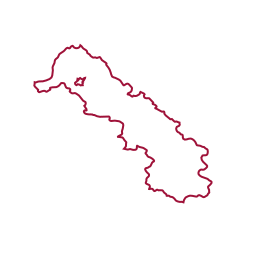 an SVG outline of Tadzhikistan Territories, rotated 55°
{"feature_id": "TJK-368", "entity_name": "Tadzhikistan Territories", "entity_type": "Region", "adm_level": 1, "iso_a3": "TJK", "parent_name": "Tajikistan", "parent_adm1": "", "projection": "mercator", "projection_center": [69.993, 38.757], "detail": "fine", "context": "isolated", "style": "outline", "palette": "rose", "viewbox_px": 256, "rotation_deg": 55, "n_neighbors": 0, "source": "natural_earth", "source_scale": "10m", "svg_char_len": 5827}
<svg xmlns="http://www.w3.org/2000/svg" viewBox="0 0 256 256"><g transform="rotate(55 128 128)"><path d="M191.7,75.4L193.3,76.3L194.2,77.1L194.9,78.0L195.2,79.0L194.9,80.0L193.7,81.8L193.3,82.7L194.3,84.9L196.3,85.8L198.6,85.9L203.5,84.9L204.4,84.9L205.2,85.5L205.6,87.0L205.7,88.6L205.6,89.8L205.0,90.8L204.4,91.4L203.9,92.2L203.8,93.5L204.1,94.7L204.8,95.7L205.7,96.4L206.6,96.7L208.4,96.4L210.1,95.7L214.9,92.3L215.7,91.9L217.5,91.5L219.2,90.6L220.1,90.5L220.9,91.1L221.4,92.5L221.7,94.1L221.8,95.4L222.2,96.3L223.2,96.7L225.3,97.1L226.4,97.9L227.4,98.4L227.6,98.8L227.7,99.9L228.2,100.9L228.6,101.6L228.5,103.0L228.4,104.8L228.2,105.4L227.9,105.9L227.2,106.3L225.6,107.0L224.0,108.0L223.7,108.5L223.5,109.2L223.7,110.4L223.6,111.0L223.2,111.6L220.4,114.3L219.0,116.0L218.4,117.7L218.2,119.0L218.1,119.6L218.0,120.5L218.2,121.3L218.8,122.7L219.3,123.7L220.7,125.2L219.3,126.3L218.4,127.7L217.8,128.4L216.4,129.6L214.8,130.4L212.4,130.5L210.3,131.1L209.7,131.6L208.5,132.8L207.0,133.3L206.6,133.7L206.0,134.9L205.7,135.2L204.8,134.8L204.2,134.7L201.4,135.5L200.0,135.4L199.1,135.5L198.7,135.7L197.3,137.5L196.6,138.7L195.5,139.3L195.2,139.6L195.1,140.1L195.1,141.8L194.9,142.4L194.5,142.7L194.1,142.8L192.6,142.8L192.0,142.9L191.6,143.2L190.9,144.1L190.3,145.5L190.1,145.7L189.9,145.5L189.3,144.5L188.8,143.9L188.2,143.5L187.5,143.3L186.7,143.4L184.6,144.7L183.8,145.0L183.3,145.0L183.0,144.8L181.8,143.2L180.5,142.3L180.0,141.6L179.7,140.7L179.6,139.5L179.4,138.6L178.8,137.9L178.2,137.5L177.6,137.4L175.2,137.9L173.1,138.0L171.6,137.6L171.2,137.0L171.2,136.2L171.9,134.6L171.9,133.2L172.1,131.9L171.9,131.1L170.3,128.3L170.1,127.7L170.1,127.1L170.2,125.9L169.9,125.5L169.3,125.3L167.4,125.6L165.0,126.6L163.4,127.8L162.8,128.0L162.1,128.1L160.6,128.0L159.1,128.2L158.7,128.1L158.5,127.9L158.0,126.4L157.4,125.6L156.8,125.4L153.5,126.7L152.7,127.2L150.1,129.5L149.2,130.0L148.0,130.5L147.8,130.8L148.0,131.1L149.4,132.2L150.0,132.9L150.2,133.6L150.1,134.4L149.2,135.9L148.7,136.5L146.4,138.4L145.6,140.5L145.0,141.1L142.7,143.2L142.2,141.2L141.7,140.1L139.5,138.4L139.1,137.9L138.6,137.6L135.7,137.9L133.5,137.8L132.6,138.0L131.1,139.5L129.5,141.3L129.3,141.2L129.2,140.6L129.6,137.8L129.7,137.0L129.3,136.0L127.3,134.9L126.3,133.8L125.7,132.9L123.2,130.4L122.5,130.0L121.6,129.7L121.0,129.8L118.0,131.0L117.3,131.5L114.4,134.6L112.6,137.8L111.9,138.3L111.0,138.6L110.6,138.5L110.3,138.4L109.4,137.2L108.8,137.0L108.1,136.9L107.8,137.0L107.5,137.3L102.7,144.6L100.6,146.6L98.1,148.1L97.4,149.0L96.5,149.5L96.2,149.7L95.8,150.5L95.3,150.9L94.8,151.7L94.0,152.7L92.4,154.3L91.5,154.8L91.0,155.0L89.7,154.9L89.2,154.7L88.9,154.4L88.7,153.8L88.7,153.4L89.6,152.4L89.7,151.8L88.7,151.2L84.8,151.1L84.6,149.8L83.9,148.8L83.3,148.3L82.3,148.0L79.9,149.1L73.3,149.5L70.1,150.7L68.9,151.5L68.1,153.1L67.5,153.9L66.8,154.3L65.0,154.8L64.5,154.7L63.8,153.5L63.0,153.1L61.9,153.4L60.8,154.7L59.8,155.3L59.0,155.4L57.4,155.1L55.6,154.6L54.8,154.7L53.9,155.5L53.2,156.4L52.9,157.0L53.7,160.0L53.7,161.8L53.5,162.9L53.4,163.3L51.3,166.6L50.5,168.5L50.5,168.8L50.6,169.0L51.9,169.6L52.0,169.9L51.8,171.0L51.7,173.5L51.5,174.0L51.3,174.2L49.8,174.9L49.2,175.8L48.7,177.0L47.9,179.8L47.7,180.2L47.4,180.4L46.2,180.6L45.9,180.5L45.6,180.1L45.2,179.7L40.7,180.5L39.5,180.4L38.3,179.2L37.0,178.2L37.5,177.8L37.9,177.1L38.4,175.1L39.0,173.9L40.9,171.0L42.1,167.7L42.9,164.1L42.7,161.7L41.5,159.9L37.7,156.5L35.2,155.1L34.4,154.2L32.6,151.0L30.7,149.1L30.3,148.3L30.1,147.4L30.0,145.4L29.7,144.5L28.6,142.7L28.2,141.9L28.1,140.6L28.2,137.0L28.1,135.8L27.5,133.5L27.4,132.4L27.7,131.4L28.9,130.6L29.2,130.2L29.2,129.5L28.7,128.4L28.6,127.8L28.8,126.4L29.3,126.1L30.1,126.1L31.3,125.9L32.1,125.4L32.8,124.8L33.4,123.9L33.8,122.9L33.9,121.5L33.4,120.3L32.9,119.6L34.2,119.2L36.6,119.1L37.5,118.9L40.1,117.8L40.9,117.6L41.5,117.6L43.2,118.3L46.0,117.2L47.4,117.3L48.4,117.0L50.0,116.4L50.6,115.8L51.3,114.4L52.8,113.3L53.6,110.6L53.9,110.4L54.3,110.3L57.5,110.4L62.1,108.7L62.7,108.6L63.0,108.7L63.3,109.3L63.6,109.5L64.2,109.6L67.1,109.4L69.8,109.6L72.8,110.4L74.0,110.9L76.7,111.5L78.2,110.8L79.4,109.8L82.9,107.8L84.0,107.4L84.8,107.1L90.2,107.2L90.6,107.0L90.8,106.6L90.9,104.4L91.1,103.5L91.4,103.0L92.0,102.5L92.9,102.2L96.9,101.7L97.6,101.8L99.3,103.4L99.6,103.9L100.0,105.1L100.0,105.8L99.6,108.0L99.9,108.6L100.1,108.9L100.4,108.9L101.7,107.7L102.4,107.4L104.1,106.9L104.6,106.6L104.9,106.2L104.7,105.6L104.7,104.9L105.8,104.0L106.3,103.2L106.7,102.1L106.9,99.6L106.7,98.7L105.8,97.7L105.6,97.1L108.9,95.2L109.9,95.1L110.6,96.4L110.9,96.6L112.0,97.0L112.4,97.0L113.3,96.7L114.2,95.9L115.2,94.3L115.9,93.6L121.1,92.8L121.6,92.8L122.0,93.7L122.4,93.9L122.7,93.9L124.1,92.8L125.4,92.3L126.1,92.2L126.7,92.2L126.9,92.4L127.2,93.0L127.2,94.1L127.4,94.3L127.6,94.3L128.8,93.5L133.9,91.0L134.3,90.6L134.6,89.8L135.0,89.3L135.3,89.1L136.0,89.2L136.9,89.9L137.4,90.0L139.3,89.9L144.3,88.5L144.9,88.4L145.4,87.9L145.8,86.9L148.7,86.4L149.8,86.0L150.2,85.0L150.6,84.4L151.4,84.0L153.1,82.7L153.6,83.1L154.8,83.6L155.2,84.1L155.5,84.9L155.2,86.6L155.1,87.4L155.9,88.7L157.1,89.4L158.6,89.7L159.9,89.5L161.4,88.6L162.0,88.5L163.1,88.5L163.5,88.4L164.1,87.7L165.0,87.3L166.0,87.7L167.2,88.5L168.5,88.9L170.1,88.1L171.0,86.4L171.7,84.3L172.7,82.6L174.2,81.6L176.2,81.0L178.3,80.9L181.0,81.4L181.6,81.4L182.1,81.0L183.7,79.3L184.3,78.8L186.0,77.9L187.3,76.6L189.2,76.2L190.8,75.4L191.7,75.4ZM64.0,138.5L63.8,137.5L63.5,136.6L63.0,135.8L62.7,134.8L62.3,134.4L62.1,134.9L62.0,135.7L62.2,136.9L61.9,137.6L60.7,138.2L59.6,138.5L59.5,139.1L59.9,140.2L58.7,141.1L59.0,141.4L60.1,141.0L60.4,141.7L60.0,142.4L60.5,143.1L60.5,144.0L60.6,145.4L61.5,146.0L62.4,146.0L63.3,145.7L63.4,145.1L63.3,144.1L64.6,142.9L66.0,142.3L66.3,141.5L66.9,140.6L66.1,140.4L65.8,139.6L65.0,139.5L64.5,139.2L64.5,138.5L64.0,138.5Z" fill="none" stroke="#9f1239" stroke-width="2"/></g></svg>